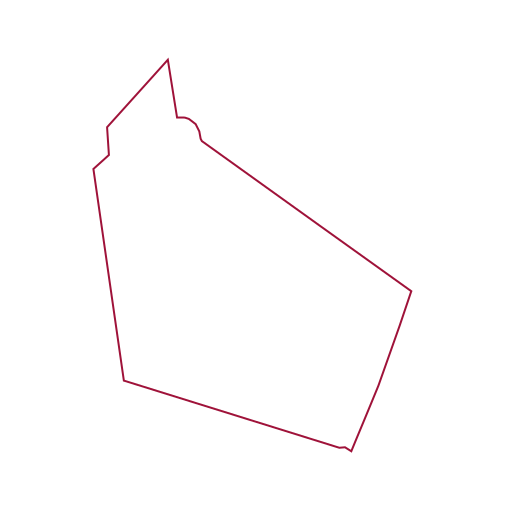 outline of Borkou Yala, Borkou, Chad, rotated 262°
{"feature_id": "50815135B13621547433724", "entity_name": "Borkou Yala", "entity_type": "district", "adm_level": 2, "iso_a3": "TCD", "parent_name": "Chad", "parent_adm1": "Borkou", "projection": "robinson", "projection_center": [17.629, 17.462], "detail": "fine", "context": "isolated", "style": "outline", "palette": "rose", "viewbox_px": 512, "rotation_deg": 262, "n_neighbors": 0, "source": "geoboundaries", "source_scale": "gbopen_adm2", "svg_char_len": 506}
<svg xmlns="http://www.w3.org/2000/svg" viewBox="0 0 512 512"><g transform="rotate(262 256 256)"><path d="M462.6,196.0L451.5,182.8L404.3,126.5L403.6,126.4L376.5,124.4L364.8,107.1L151.0,107.8L55.8,309.1L54.5,311.9L54.2,317.5L49.4,323.2L54.7,326.3L61.5,330.3L78.4,340.3L94.9,350.0L110.6,359.2L167.1,388.6L198.6,404.4L199.3,404.8L199.5,404.9L277.1,323.4L377.3,218.4L379.8,217.5L387.3,217.2L395.0,214.6L401.1,208.6L403.0,204.7L404.1,197.1L462.6,196.0Z" fill="none" stroke="#9f1239" stroke-width="2"/></g></svg>